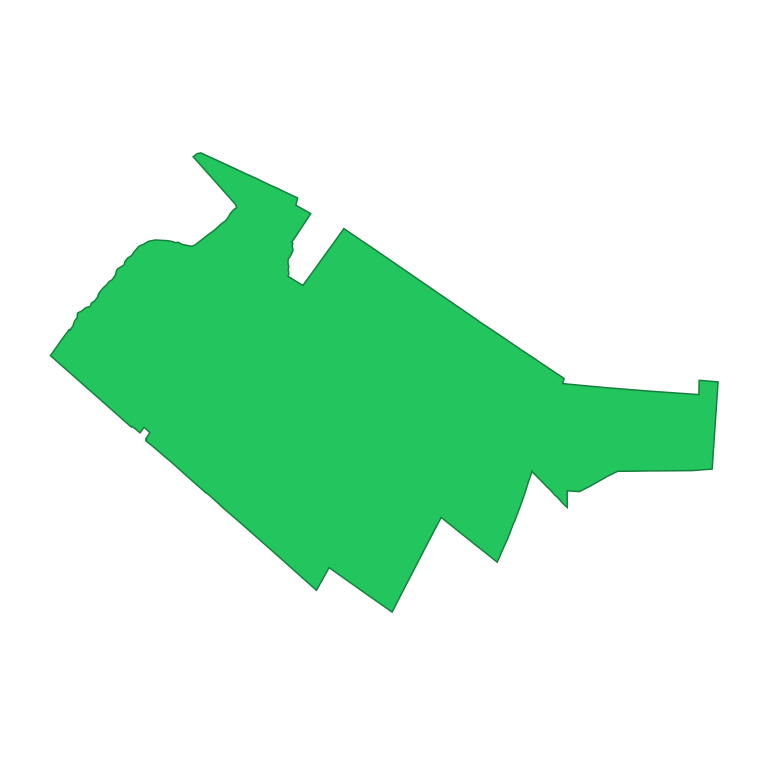 outline of Gheraseni, Buzau, Romania, rotated 271°
{"feature_id": "2599482B74363145879351", "entity_name": "Gheraseni", "entity_type": "district", "adm_level": 2, "iso_a3": "ROU", "parent_name": "Romania", "parent_adm1": "Buzau", "projection": "natural_earth1", "projection_center": [26.807, 44.997], "detail": "fine", "context": "isolated", "style": "filled", "palette": "green", "viewbox_px": 768, "rotation_deg": 271, "n_neighbors": 0, "source": "geoboundaries", "source_scale": "gbopen_adm2", "svg_char_len": 4416}
<svg xmlns="http://www.w3.org/2000/svg" viewBox="0 0 768 768"><g transform="rotate(271 384 384)"><path d="M391.9,718.0L392.3,712.8L393.2,699.1L378.9,699.0L379.8,682.1L379.9,679.6L381.5,649.9L381.8,644.4L384.3,604.9L385.7,586.4L387.5,562.7L392.5,564.0L392.6,563.8L393.0,563.5L393.2,563.1L393.5,562.7L398.7,554.6L403.0,547.9L404.1,546.1L404.6,545.3L405.4,544.2L408.0,540.1L408.7,539.1L408.9,538.8L409.4,537.9L410.0,537.1L410.4,536.5L412.5,533.3L413.8,531.3L414.3,530.5L414.5,530.2L414.8,529.8L415.6,528.5L416.3,527.3L416.9,526.5L417.4,525.7L418.1,524.6L418.3,524.2L418.6,523.8L418.7,523.7L418.8,523.4L419.2,522.6L419.9,521.6L421.0,519.9L421.4,519.2L421.7,518.8L432.5,502.5L433.2,501.4L433.7,500.7L434.2,499.8L435.0,498.6L442.1,487.6L442.8,486.5L443.8,484.9L444.1,484.4L447.5,479.1L449.1,476.8L450.8,474.3L509.1,386.3L518.2,372.6L526.6,359.5L538.7,341.2L533.5,337.6L528.2,334.0L527.9,333.8L524.9,331.7L514.8,324.6L498.0,313.0L481.2,301.2L483.0,298.1L483.9,296.4L488.0,289.6L488.9,288.2L489.6,286.7L490.5,286.1L491.1,286.4L491.7,286.7L492.3,286.8L493.3,286.8L494.6,286.7L495.0,286.5L495.4,286.3L495.9,286.3L499.6,286.7L501.0,286.5L501.7,286.3L502.4,286.1L504.0,285.9L506.2,286.0L507.4,286.2L507.9,286.5L508.5,286.9L509.0,287.4L509.2,287.5L510.6,288.2L511.0,288.4L511.1,288.5L512.9,289.4L514.7,290.2L516.7,290.7L519.6,290.0L521.2,289.8L522.5,290.3L523.4,290.2L524.2,289.3L531.6,294.2L537.0,297.6L546.1,303.4L553.1,307.8L555.9,302.6L561.2,292.8L568.5,294.4L571.8,287.0L575.1,279.7L577.9,273.8L581.0,266.4L583.6,260.6L584.9,257.9L586.8,253.9L592.5,240.6L595.4,234.2L600.6,222.5L604.3,214.1L608.3,205.0L609.7,201.8L610.3,200.6L610.8,199.3L611.0,198.7L611.5,197.6L611.9,196.7L610.9,192.9L607.8,189.2L606.9,190.1L588.7,206.9L585.0,210.3L561.5,231.9L561.2,232.3L557.8,233.6L555.4,230.4L551.8,227.3L548.6,225.8L544.4,222.7L541.4,218.6L535.2,212.2L529.6,204.8L519.6,192.5L518.3,189.2L519.6,182.2L520.2,179.4L522.1,175.9L521.7,173.0L522.9,169.3L523.6,164.1L524.0,152.7L522.6,146.2L520.8,143.1L519.4,141.2L518.9,139.5L517.2,136.3L514.1,133.7L511.5,131.6L510.4,130.9L510.0,130.7L508.7,130.0L507.5,128.7L506.1,126.5L505.5,125.6L503.0,123.6L501.6,122.7L500.3,122.4L499.0,122.2L498.4,121.9L494.6,115.9L493.4,114.9L491.9,114.3L491.1,114.3L490.3,114.0L488.9,113.7L486.7,112.5L486.3,112.2L483.6,110.5L481.9,107.8L481.6,107.4L477.7,104.4L476.3,102.6L471.6,98.6L470.2,97.7L469.7,97.4L468.7,96.9L467.4,96.5L466.6,96.5L462.8,93.9L462.3,93.5L461.7,92.9L461.0,91.9L460.7,91.2L459.8,90.1L459.0,89.7L457.7,89.4L457.0,89.2L456.2,88.4L455.6,86.0L455.0,84.4L454.4,83.6L453.2,82.3L451.3,79.9L450.4,77.8L449.9,76.9L449.3,76.3L448.6,76.2L446.0,76.1L445.2,76.1L444.2,75.6L442.9,74.4L442.3,74.1L440.3,73.1L437.9,72.3L437.0,72.1L435.6,71.4L434.9,70.8L433.8,70.1L433.6,70.0L433.3,69.7L432.8,69.5L432.2,69.1L433.0,68.3L432.7,68.1L432.5,67.9L427.0,64.0L421.4,60.1L412.7,54.2L406.5,50.0L404.6,52.3L403.9,53.1L372.0,90.5L365.9,97.7L340.2,127.8L337.6,130.8L336.5,132.3L337.2,132.9L336.1,134.3L336.3,134.4L333.4,137.9L332.2,139.3L330.9,140.9L336.5,144.9L333.7,148.1L331.2,150.8L328.9,149.2L326.6,147.9L326.0,147.5L325.2,146.8L324.9,146.6L324.1,147.7L323.1,146.9L321.9,148.2L320.7,149.8L318.7,152.5L310.5,162.5L307.4,166.2L306.9,166.9L305.4,168.7L303.1,171.6L290.5,186.2L286.5,190.8L284.0,193.7L283.6,194.2L281.8,196.2L281.2,197.1L278.8,199.9L271.9,208.0L271.7,209.0L261.4,220.8L256.9,225.7L254.5,228.6L250.7,233.2L247.4,237.2L244.9,240.2L241.8,243.9L238.4,247.9L223.3,265.6L206.9,284.8L194.2,299.5L176.5,320.1L199.4,332.3L171.1,373.8L158.2,393.0L157.7,393.6L156.2,395.9L156.1,396.1L157.9,397.0L175.8,405.8L183.3,409.5L189.3,412.5L199.8,417.7L214.6,425.0L221.5,428.4L251.6,443.5L240.6,457.7L234.5,465.6L228.9,472.9L223.2,480.2L223.2,480.3L214.7,491.4L208.1,499.9L207.8,500.3L208.1,500.4L208.6,500.6L213.8,502.9L219.1,505.0L224.1,507.1L231.1,510.2L237.6,512.6L244.2,515.0L245.2,515.2L246.9,515.8L248.6,516.8L250.7,517.6L254.2,518.8L258.5,520.4L262.8,521.9L265.7,522.9L269.7,524.3L279.7,527.5L281.4,528.0L286.2,529.4L289.8,530.4L290.7,530.8L294.8,532.2L297.5,533.0L299.3,533.5L298.5,534.0L289.3,543.5L283.4,549.3L282.8,550.2L280.5,552.6L275.8,556.8L273.8,559.4L269.1,563.6L265.7,567.0L263.7,569.4L277.2,569.1L280.4,569.0L279.8,580.8L279.8,581.2L285.9,592.7L293.6,605.7L295.6,609.0L300.8,619.2L301.2,634.9L301.7,650.5L301.8,651.5L301.8,656.0L302.8,694.2L304.7,713.6L381.9,717.5L389.7,717.9L391.9,718.0Z" fill="#22c55e" stroke="#15803d" stroke-width="1.5"/></g></svg>